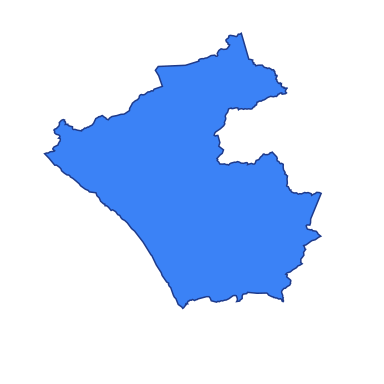 the district of Gbokle, Bas-Sassandra, Ivory Coast, rotated 70°
{"feature_id": "98640826B37905317988050", "entity_name": "Gbokle", "entity_type": "district", "adm_level": 2, "iso_a3": "CIV", "parent_name": "Ivory Coast", "parent_adm1": "Bas-Sassandra", "projection": "equal_earth", "projection_center": [-6.009, 5.243], "detail": "fine", "context": "isolated", "style": "filled", "palette": "blue", "viewbox_px": 384, "rotation_deg": 70, "n_neighbors": 0, "source": "geoboundaries", "source_scale": "gbopen_adm2", "svg_char_len": 5904}
<svg xmlns="http://www.w3.org/2000/svg" viewBox="0 0 384 384"><g transform="rotate(70 192 192)"><path d="M181.9,103.0L182.2,103.8L181.8,105.1L182.6,106.0L182.8,108.0L181.9,110.6L180.9,111.3L180.8,112.1L181.8,113.4L182.7,115.8L184.4,118.1L184.3,120.9L186.4,122.7L187.0,123.5L187.0,124.1L186.6,125.1L185.4,126.4L185.3,130.3L184.7,129.8L183.3,130.2L182.9,131.1L182.7,133.8L181.6,136.1L180.2,137.2L179.0,138.8L179.1,140.7L178.5,141.9L178.2,145.4L178.3,146.6L179.2,148.3L178.2,149.5L178.0,150.4L176.6,152.0L176.4,153.3L175.2,156.3L173.0,156.6L171.1,157.6L170.2,156.7L169.1,157.2L166.9,153.1L166.0,150.3L163.2,148.0L158.1,151.2L155.1,148.9L147.7,148.3L147.4,149.0L147.4,150.9L146.3,151.8L144.4,150.4L143.7,149.3L142.3,143.8L140.6,139.6L139.8,138.6L139.2,137.9L137.7,137.8L135.2,135.5L134.1,135.0L132.7,135.0L131.8,134.6L130.8,133.7L129.2,131.2L126.4,129.2L126.5,126.5L127.2,126.2L127.6,125.2L127.9,121.8L128.7,120.2L130.6,120.2L130.3,119.4L130.6,117.0L132.0,115.1L131.8,113.8L132.9,112.0L133.2,110.1L134.0,108.9L134.4,107.3L133.2,105.2L133.2,104.0L132.1,102.9L132.3,101.7L129.9,100.2L130.0,99.3L129.6,97.6L130.3,95.8L129.9,94.1L130.1,93.1L129.9,91.6L129.1,88.6L129.0,85.4L130.4,82.9L130.5,81.2L131.1,80.0L130.4,78.4L129.6,77.7L129.7,76.5L129.2,75.2L129.6,73.8L130.3,74.1L130.9,73.8L131.6,70.5L131.2,69.3L129.8,69.9L128.6,69.5L127.3,67.9L126.7,66.6L126.8,68.2L126.2,68.8L126.2,69.5L125.6,69.6L125.5,70.1L125.1,69.8L123.9,71.5L122.9,71.8L120.7,70.9L120.6,72.0L119.6,71.9L119.7,73.1L119.5,73.5L116.8,74.3L115.5,73.9L114.5,74.6L112.9,73.2L112.5,73.2L112.2,72.4L111.9,72.3L111.5,72.3L110.8,73.7L110.1,73.3L108.3,73.4L107.0,73.0L106.4,73.6L105.8,73.3L105.1,73.6L104.8,73.9L104.7,75.1L103.8,75.5L101.8,77.2L101.8,78.7L101.6,79.1L101.0,79.2L99.6,81.4L96.8,82.6L95.5,86.4L95.2,88.9L93.9,89.0L92.5,90.5L91.8,89.7L90.6,90.5L89.5,90.4L88.8,89.8L87.6,91.4L86.7,93.2L59.7,91.4L60.1,93.0L59.5,94.5L61.0,96.4L61.1,97.3L59.6,99.3L57.9,102.4L57.8,103.6L58.2,104.2L59.1,104.4L59.9,105.6L60.1,106.8L60.8,108.2L62.6,108.3L64.1,107.3L65.4,107.6L66.7,106.3L67.6,107.3L69.3,110.0L69.5,111.0L68.8,113.6L67.4,115.7L68.0,117.8L68.3,118.5L70.4,120.9L72.5,121.1L73.0,122.1L72.5,123.1L71.2,123.8L70.3,127.4L71.1,132.0L70.7,133.7L70.7,135.7L70.1,136.9L69.8,139.0L70.3,140.6L71.4,140.8L70.7,154.8L62.5,180.8L65.1,184.8L71.4,183.5L82.6,183.7L82.4,192.4L83.7,194.1L83.0,195.6L83.4,197.3L82.9,199.2L84.2,203.1L84.0,204.8L83.1,206.2L83.1,207.3L83.9,208.7L85.3,209.4L85.9,210.1L86.7,211.9L86.9,214.1L88.2,217.7L89.2,218.6L92.1,222.0L94.1,222.9L95.5,228.6L95.5,229.6L94.7,232.2L94.5,236.4L93.7,241.4L94.3,244.0L95.5,246.0L94.1,247.5L93.1,247.6L90.7,249.5L89.6,249.9L89.4,250.7L89.8,252.8L89.4,253.3L89.4,254.2L89.7,254.5L90.1,257.3L93.7,260.9L95.0,263.2L95.2,265.7L95.7,267.2L95.3,267.8L95.7,270.2L95.2,271.0L96.1,273.0L96.1,274.5L96.8,274.9L94.8,278.4L93.1,280.6L92.8,281.9L92.4,282.4L91.6,282.6L89.8,282.0L87.8,285.0L87.1,285.1L86.3,286.0L85.8,285.7L85.2,287.8L85.0,287.5L82.9,287.0L82.4,287.2L82.1,287.8L80.8,287.1L79.9,288.2L80.0,290.2L81.4,293.0L82.9,293.3L84.4,294.4L86.0,297.8L86.0,299.5L86.3,300.3L86.9,300.6L87.8,300.2L88.9,300.8L89.7,300.8L91.4,299.8L92.8,297.7L94.4,297.0L95.1,297.4L95.8,298.9L96.4,297.8L97.2,297.6L99.1,298.6L99.6,299.6L101.3,301.4L102.0,301.8L102.5,306.3L103.7,308.0L104.5,308.1L106.3,306.9L106.5,307.2L106.4,309.1L106.0,309.9L105.7,311.7L106.2,313.8L105.6,315.5L105.6,317.4L111.4,314.8L119.9,311.8L120.4,310.1L123.7,307.9L125.7,307.2L127.4,307.3L130.5,305.6L133.2,303.6L133.9,302.0L135.5,301.1L136.3,301.1L138.4,299.3L145.6,295.2L148.0,294.6L152.9,291.3L155.0,289.0L156.8,288.4L159.9,282.5L163.0,282.6L165.8,281.2L169.5,281.0L173.0,279.1L173.5,278.1L175.2,278.4L175.6,277.0L177.7,275.7L181.7,274.3L181.6,272.7L184.3,270.5L187.9,269.5L189.3,267.9L192.0,267.5L193.7,266.8L195.8,264.9L198.9,263.3L205.7,261.3L209.1,259.3L222.3,255.1L237.2,252.0L237.9,251.5L248.4,250.5L257.2,248.5L260.3,248.6L267.9,246.6L269.7,245.1L270.8,245.7L272.7,245.6L274.6,244.7L282.8,244.8L284.9,244.5L286.7,243.6L293.0,243.4L296.6,240.9L298.2,240.5L297.9,239.4L296.4,237.1L295.2,236.2L295.8,235.9L295.3,235.1L295.5,234.4L294.8,234.7L293.3,232.9L293.4,232.0L293.0,231.4L293.1,230.4L293.5,229.7L293.2,228.3L294.9,226.6L294.6,225.6L294.8,223.7L294.5,223.0L295.3,214.2L296.2,211.8L297.9,211.2L300.8,211.1L303.9,206.6L303.6,205.1L304.4,203.9L304.1,201.8L304.8,200.6L304.8,198.4L305.2,196.8L304.9,193.8L303.5,189.0L303.6,188.0L304.2,186.4L304.6,185.9L307.2,185.8L309.1,186.3L310.2,187.5L310.8,184.5L310.0,183.7L309.3,181.3L306.8,180.4L305.7,179.3L305.5,178.7L306.2,175.4L305.3,174.1L309.4,165.5L312.5,156.4L313.2,155.8L315.0,155.3L317.7,152.7L318.2,151.7L319.0,151.5L319.3,150.6L320.2,149.7L320.5,148.7L322.3,147.0L322.6,145.2L324.2,144.5L325.2,144.7L326.2,143.9L325.9,143.4L324.8,143.1L323.7,143.4L322.7,142.4L321.5,142.7L320.2,142.1L317.1,142.2L316.0,141.7L315.1,140.7L314.0,138.5L314.4,137.2L313.4,134.8L313.0,132.1L311.6,130.6L310.7,130.5L309.3,129.5L308.5,129.5L304.1,132.0L302.4,130.8L301.3,132.0L300.5,130.2L300.7,126.9L299.6,124.0L298.9,119.9L297.6,117.5L297.7,115.8L297.1,113.0L295.3,114.0L294.5,113.4L292.4,112.8L289.7,108.5L286.8,107.8L284.7,104.8L283.9,105.4L282.3,105.1L280.5,105.4L280.7,103.0L278.7,96.1L279.0,92.4L277.9,88.6L277.6,86.1L274.6,87.9L272.9,88.1L271.3,88.8L269.6,91.9L268.3,92.3L268.1,93.8L267.4,94.5L266.6,96.0L265.8,96.4L263.0,96.3L262.7,96.2L262.3,95.1L263.4,92.6L261.6,91.2L257.9,89.7L237.5,71.1L236.1,72.5L235.0,74.9L235.0,75.3L235.6,76.5L235.6,78.7L236.1,80.7L234.3,80.6L232.2,83.1L231.9,85.0L231.0,86.2L231.2,89.8L230.4,91.4L230.4,92.9L228.6,94.0L227.8,96.5L225.9,98.5L224.7,98.7L224.0,98.4L223.7,99.4L219.9,99.7L219.2,100.8L218.6,101.0L216.4,99.4L212.1,98.2L209.6,96.8L208.7,97.6L207.7,97.6L206.7,98.7L205.4,97.8L202.4,98.4L199.7,97.8L197.2,96.8L195.7,98.0L195.6,99.2L195.3,99.5L193.1,100.0L191.9,101.2L190.5,101.1L189.6,100.4L187.9,100.4L181.9,103.0Z" fill="#3b82f6" stroke="#1e3a8a" stroke-width="1.5"/></g></svg>